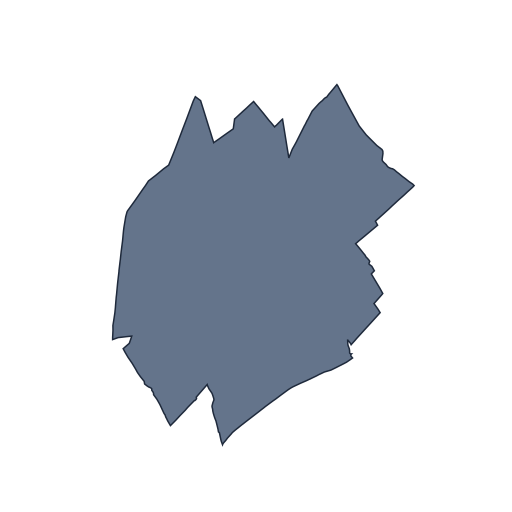 Coronango, Puebla, Mexico (Natural Earth projection), rotated 21°
{"feature_id": "50627088B8502997945058", "entity_name": "Coronango", "entity_type": "district", "adm_level": 2, "iso_a3": "MEX", "parent_name": "Mexico", "parent_adm1": "Puebla", "projection": "natural_earth1", "projection_center": [-98.289, 19.136], "detail": "fine", "context": "isolated", "style": "filled", "palette": "slate", "viewbox_px": 512, "rotation_deg": 21, "n_neighbors": 0, "source": "geoboundaries", "source_scale": "gbopen_adm2", "svg_char_len": 4045}
<svg xmlns="http://www.w3.org/2000/svg" viewBox="0 0 512 512"><g transform="rotate(21 256 256)"><path d="M378.4,133.6L376.5,132.7L372.2,131.7L367.5,130.2L364.2,129.3L361.8,128.5L359.8,127.8L357.0,127.0L354.4,126.0L352.3,125.6L350.6,125.9L348.3,125.8L346.8,125.4L344.7,124.0L341.2,122.6L339.9,121.8L339.2,120.8L337.8,114.9L336.8,112.6L335.4,111.4L329.3,109.6L315.4,103.4L305.7,97.6L287.8,82.4L271.3,67.8L270.1,67.0L269.5,68.7L266.3,78.1L266.2,78.2L265.0,82.5L264.1,83.2L263.1,85.0L262.3,87.1L261.2,89.0L260.2,91.0L256.5,100.5L255.4,110.4L255.2,111.1L254.8,115.8L254.6,116.6L253.0,132.7L252.8,134.9L252.4,137.9L251.6,143.3L251.5,152.8L251.4,152.5L244.9,141.4L237.3,128.3L231.7,118.7L231.6,118.8L229.2,124.2L229.1,124.5L228.0,127.0L227.7,127.4L227.1,128.8L221.8,125.9L220.0,125.0L213.0,120.9L212.9,120.8L207.4,117.7L205.7,116.7L203.7,115.6L201.5,114.4L198.4,112.6L197.0,115.4L195.8,117.8L195.2,119.1L194.8,119.9L194.5,120.6L194.1,121.4L193.4,122.8L192.0,125.5L187.1,135.4L186.9,135.7L189.2,145.4L189.1,145.6L184.8,152.0L180.9,157.9L180.6,158.4L176.8,164.0L175.9,165.4L173.9,162.8L173.7,162.6L172.2,160.7L169.0,156.6L165.8,152.6L160.3,145.6L155.1,139.0L153.2,136.6L148.6,130.8L142.3,129.0L141.9,133.8L142.1,152.7L142.1,164.6L142.2,179.4L142.2,188.3L141.9,202.5L138.5,207.7L133.5,216.6L128.7,224.5L128.5,225.5L127.5,230.1L127.4,230.5L126.5,233.9L123.2,247.5L122.8,249.0L120.0,259.5L119.8,260.5L119.8,261.3L120.3,266.1L122.4,276.4L123.2,279.7L124.5,284.4L125.0,286.1L126.1,290.1L126.8,293.0L128.3,299.2L128.6,300.4L130.7,308.3L130.9,309.2L133.3,318.7L133.6,319.5L136.5,330.8L139.6,341.9L140.2,344.3L142.5,352.2L143.2,354.5L144.6,359.6L145.4,363.2L146.2,366.8L147.3,372.1L149.1,376.6L150.2,379.9L151.3,383.3L152.1,385.4L156.5,381.6L161.7,378.9L163.6,377.9L168.3,375.5L168.7,375.3L168.9,379.1L169.0,383.0L165.2,390.1L167.9,392.5L172.8,396.4L178.9,400.6L184.0,404.6L187.2,407.3L191.5,410.2L191.7,410.3L196.7,413.2L197.2,414.3L197.9,415.4L201.1,416.4L202.7,416.7L203.2,416.8L203.4,416.8L203.6,416.8L203.8,416.7L204.6,416.8L205.9,417.1L206.2,417.3L206.8,418.7L208.7,420.0L209.5,420.8L210.1,422.2L214.9,425.3L219.5,429.1L226.3,435.7L226.7,436.0L227.3,436.5L227.8,436.7L229.6,438.8L231.0,440.0L231.8,440.8L232.9,441.8L233.4,442.2L236.9,445.0L239.9,438.2L242.3,432.1L245.2,425.4L246.4,422.0L250.3,413.0L250.7,412.9L251.2,412.0L251.5,411.0L251.6,410.4L251.2,409.8L250.8,409.2L256.5,393.5L257.1,394.3L259.6,396.8L262.1,398.5L264.2,400.0L265.9,402.0L267.5,404.0L268.3,405.4L268.3,408.5L268.7,411.9L269.3,413.0L270.3,414.4L271.3,416.3L272.5,418.1L273.8,419.8L275.4,421.8L277.7,424.3L279.2,426.4L282.6,431.3L284.0,433.7L285.1,434.0L289.3,440.5L290.2,441.7L292.4,444.2L292.4,443.2L292.8,441.8L293.4,440.2L293.8,439.2L294.5,436.6L294.7,436.0L296.7,430.9L297.2,429.3L299.1,425.8L303.4,418.4L304.0,417.5L305.0,415.8L305.9,414.3L314.2,400.7L315.8,398.0L317.4,395.4L317.7,394.9L318.2,394.0L318.8,393.0L323.7,385.3L325.6,382.5L328.4,378.0L329.6,376.1L333.0,370.8L334.1,369.1L335.7,366.9L337.0,365.3L338.2,364.0L343.2,358.8L347.8,354.3L355.3,346.4L357.9,343.4L358.1,343.3L361.4,339.8L366.8,335.7L370.7,331.5L378.5,322.8L381.4,318.6L382.7,316.6L380.5,315.4L380.2,315.0L380.0,314.2L380.0,313.6L380.2,313.2L379.4,313.5L378.6,313.3L378.2,313.0L377.9,312.3L377.5,311.3L377.0,310.3L376.2,309.0L373.9,306.4L373.2,305.2L371.4,301.1L372.1,302.0L372.8,302.1L374.9,303.3L375.6,303.8L376.2,304.3L376.6,304.7L376.8,304.1L378.7,299.2L379.5,296.9L388.7,273.4L389.6,271.1L392.2,264.4L388.9,261.9L383.2,258.1L387.2,247.4L387.8,245.6L383.3,241.8L370.3,231.6L370.1,231.4L370.8,229.7L371.2,228.8L371.4,228.2L371.8,227.4L369.2,225.2L367.8,224.1L366.1,223.6L364.5,223.1L364.1,222.3L364.1,220.2L362.5,219.1L362.2,219.0L361.0,218.3L360.0,217.9L359.1,217.5L357.3,216.0L355.1,214.8L353.1,213.6L351.4,212.6L349.3,211.4L344.6,208.8L345.6,207.0L346.4,205.4L351.4,196.5L352.4,194.7L354.1,191.6L357.5,185.5L358.5,183.7L357.8,183.1L355.0,180.7L363.2,164.5L364.8,161.1L369.2,152.2L372.7,145.5L374.1,142.5L375.8,139.2L377.6,135.6L378.4,133.6Z" fill="#64748b" stroke="#1e293b" stroke-width="1.5"/></g></svg>